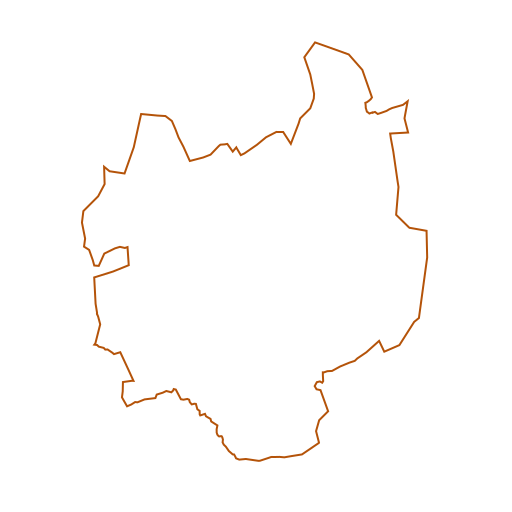 the district of Minjibir, Kano, Nigeria, rotated 352°
{"feature_id": "59680162B51390103580898", "entity_name": "Minjibir", "entity_type": "district", "adm_level": 2, "iso_a3": "NGA", "parent_name": "Nigeria", "parent_adm1": "Kano", "projection": "equal_earth", "projection_center": [8.6, 12.2], "detail": "fine", "context": "isolated", "style": "outline", "palette": "amber", "viewbox_px": 512, "rotation_deg": 352, "n_neighbors": 0, "source": "geoboundaries", "source_scale": "gbopen_adm2", "svg_char_len": 2895}
<svg xmlns="http://www.w3.org/2000/svg" viewBox="0 0 512 512"><g transform="rotate(352 256 256)"><path d="M107.4,386.9L111.8,385.7L116.0,383.8L118.2,384.4L125.7,382.5L136.6,382.7L138.4,379.4L144.6,378.4L148.4,377.2L153.2,379.2L155.2,377.7L156.0,376.3L158.0,377.1L161.7,387.4L164.2,388.2L168.1,388.0L169.8,389.0L170.1,391.5L171.7,394.0L172.8,393.9L174.4,393.7L175.9,394.1L176.6,399.6L177.0,400.0L178.6,401.5L178.4,403.4L178.2,404.9L178.6,406.1L179.4,406.0L183.5,405.2L184.2,407.8L188.3,411.0L188.6,413.6L192.2,416.7L194.2,418.4L192.9,422.1L192.6,424.6L192.5,425.0L192.5,425.4L192.7,426.7L192.9,427.6L193.5,428.6L194.3,429.5L195.3,429.6L196.2,429.5L196.9,429.7L197.4,430.9L197.7,433.2L197.0,435.9L197.8,438.3L199.6,440.6L202.0,445.4L203.7,447.3L205.3,449.2L206.7,449.5L207.6,451.9L208.1,453.6L211.1,455.3L217.7,455.6L226.9,458.3L230.0,459.2L231.4,459.3L240.8,457.6L242.8,457.2L243.7,457.2L246.1,457.6L251.3,458.2L256.0,459.3L262.8,459.1L267.8,459.0L273.9,458.9L288.1,451.9L292.2,449.9L292.4,449.6L291.1,437.8L295.7,427.4L305.8,419.8L301.2,397.8L297.4,396.4L296.0,393.0L298.7,389.4L301.8,389.1L303.9,390.7L305.1,389.3L305.6,383.6L306.0,380.5L307.4,380.7L307.6,380.6L310.6,380.0L315.3,380.4L324.0,377.1L333.7,374.6L339.2,373.6L342.1,371.5L345.8,369.7L351.9,366.7L366.1,357.2L369.7,368.6L385.6,364.2L403.5,343.2L408.7,340.1L425.3,281.3L428.4,254.8L427.8,254.6L412.8,249.7L412.0,249.5L411.4,248.9L400.5,234.7L406.7,207.5L406.6,200.7L406.5,171.7L405.9,158.1L405.9,153.4L423.8,154.9L422.2,140.4L423.1,137.6L427.7,123.9L422.6,126.8L411.4,128.4L408.3,129.3L405.5,130.5L399.7,131.7L396.3,132.3L393.9,129.9L392.4,130.1L391.5,130.4L391.3,130.0L388.1,130.7L387.6,130.1L385.9,128.5L385.6,126.4L385.3,124.6L385.5,122.9L385.6,120.5L385.6,119.5L387.4,119.1L388.1,118.6L388.8,118.4L391.4,116.7L392.9,115.1L387.2,86.5L375.9,69.3L344.2,52.7L331.5,65.9L335.0,83.8L335.6,93.7L336.1,103.5L335.1,108.2L330.3,117.3L318.9,125.9L316.6,130.8L306.1,149.8L304.9,147.2L300.5,137.7L300.2,137.0L293.4,136.0L282.5,139.8L272.4,146.0L267.2,148.6L258.8,152.8L255.0,154.0L253.3,149.9L251.9,146.6L251.6,145.7L247.5,149.4L243.2,141.0L240.5,141.1L236.3,140.8L236.1,140.9L234.5,141.9L225.1,149.3L217.4,151.1L203.7,152.7L199.3,137.6L195.8,127.8L193.9,119.4L191.5,110.6L185.8,104.8L177.9,103.2L162.0,99.4L160.0,104.7L150.1,131.3L137.3,156.0L122.8,151.7L118.0,146.5L116.1,163.7L108.0,174.9L91.3,187.5L88.3,198.7L89.2,215.0L87.0,222.8L91.6,226.7L93.8,237.4L94.5,242.9L98.9,243.9L106.1,232.5L117.4,228.8L122.5,228.0L127.3,229.8L130.0,229.3L128.7,247.4L112.2,251.5L92.8,254.7L90.5,281.0L90.7,290.4L90.5,290.7L90.5,291.9L90.8,292.3L90.9,292.5L91.3,294.5L92.2,302.0L84.8,320.1L83.6,321.3L86.2,322.0L87.7,323.9L92.4,325.8L93.7,327.7L96.0,327.9L100.3,331.8L101.7,333.4L108.2,332.4L113.9,351.1L117.3,362.6L115.8,362.3L106.7,362.3L105.2,371.4L104.4,374.4L103.6,377.3L104.8,380.4L107.4,386.9Z" fill="none" stroke="#b45309" stroke-width="2"/></g></svg>